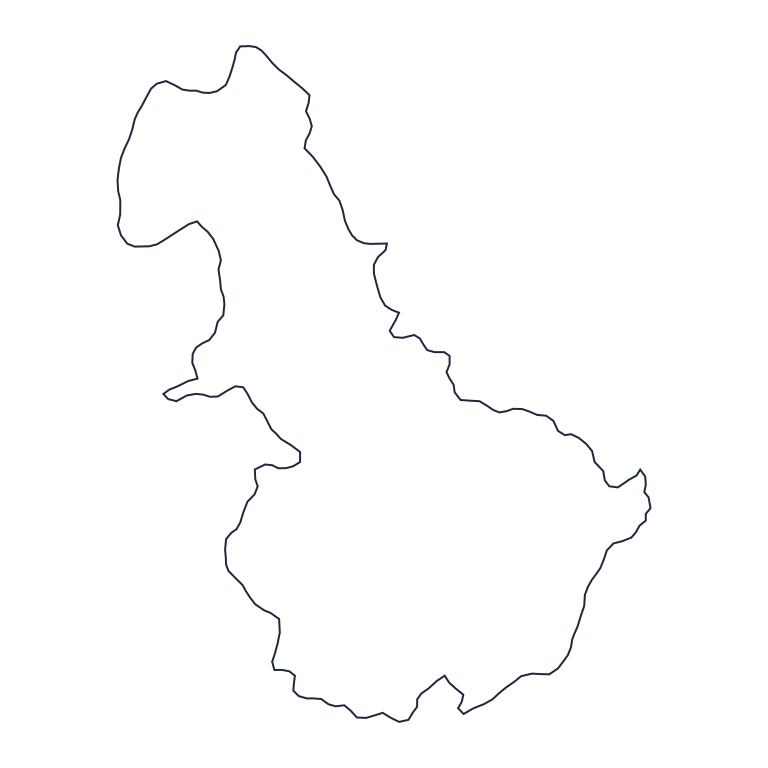 the district of Guimarânia, Minas Gerais, Brazil
{"feature_id": "56859067B18916788742052", "entity_name": "Guimarânia", "entity_type": "district", "adm_level": 2, "iso_a3": "BRA", "parent_name": "Brazil", "parent_adm1": "Minas Gerais", "projection": "orthographic", "projection_center": [-46.761, -18.797], "detail": "fine", "context": "isolated", "style": "outline", "palette": "slate", "viewbox_px": 768, "rotation_deg": 0, "n_neighbors": 0, "source": "geoboundaries", "source_scale": "gbopen_adm2", "svg_char_len": 3412}
<svg xmlns="http://www.w3.org/2000/svg" viewBox="0 0 768 768"><path d="M117.8,225.2L121.0,235.4L127.2,243.6L134.7,246.6L149.2,246.3L157.1,244.3L163.7,240.3L170.5,235.9L179.5,230.1L189.2,224.0L197.1,221.4L202.0,227.0L207.5,231.6L213.2,238.9L218.7,250.9L220.9,260.3L218.5,269.5L220.2,281.1L220.9,289.2L223.6,296.7L224.4,304.3L223.3,315.3L217.7,321.8L215.0,332.7L209.2,340.1L202.3,343.3L196.1,347.6L192.7,353.8L192.3,362.9L195.4,370.6L197.5,378.6L188.2,381.0L182.3,384.0L175.9,387.0L169.3,389.6L163.4,394.0L168.2,399.1L176.5,401.2L186.5,395.6L195.8,393.9L203.1,394.6L210.2,396.8L217.9,396.5L227.5,390.5L235.4,386.3L243.3,387.3L247.5,393.8L251.9,402.3L257.0,408.7L263.3,413.5L267.4,421.4L271.3,429.2L276.4,433.9L280.9,439.0L290.9,445.1L300.1,452.0L300.1,462.0L293.3,466.2L286.3,468.1L278.4,468.3L272.2,465.2L265.1,464.5L254.8,469.5L255.3,479.3L257.7,486.3L254.6,494.3L247.4,501.8L243.2,512.7L240.3,522.4L236.5,529.2L231.3,532.8L226.1,539.1L225.1,549.6L225.8,557.5L226.1,564.7L228.5,571.0L235.3,577.9L242.6,585.1L245.8,591.0L249.6,596.9L255.1,604.1L263.9,610.2L270.5,612.9L279.1,619.0L279.8,632.5L277.7,643.1L275.1,652.9L272.2,661.7L274.4,670.0L281.9,669.9L289.4,671.3L294.9,675.7L294.0,682.4L293.3,690.6L298.8,696.1L306.7,698.4L313.1,698.4L321.2,699.0L328.4,704.2L335.5,706.3L344.3,705.3L350.7,710.7L356.9,717.5L366.2,717.9L374.6,715.4L382.7,712.8L390.2,717.5L399.2,721.9L408.5,719.8L412.6,712.9L417.1,706.8L417.2,699.4L421.2,693.6L428.5,688.5L437.0,680.8L444.7,675.7L449.2,682.7L455.7,688.5L463.3,694.7L461.8,701.7L458.1,708.2L463.6,714.0L473.0,708.5L484.0,704.1L492.4,699.4L499.0,693.3L506.0,687.5L514.5,681.6L521.1,676.2L532.1,673.6L540.3,674.1L549.3,674.3L557.9,668.5L563.1,661.7L567.9,655.1L571.0,647.1L572.1,639.9L574.4,633.7L577.5,626.7L580.6,616.5L584.2,606.0L584.9,595.0L587.9,586.8L592.1,579.5L596.5,573.6L600.3,568.2L603.7,559.8L606.9,550.3L613.5,543.4L621.9,541.3L631.3,537.6L635.7,532.5L639.6,525.6L645.8,520.6L645.8,513.9L650.5,508.1L648.6,497.4L644.3,492.1L645.8,484.6L645.2,476.5L640.2,469.6L636.6,475.5L628.9,479.8L617.9,487.4L609.3,486.3L604.9,480.5L603.2,471.0L594.6,462.0L592.1,451.1L586.3,444.0L578.8,437.9L571.1,434.2L564.8,435.1L558.1,431.0L553.3,420.8L546.1,415.7L537.1,414.9L529.8,411.7L522.3,409.1L513.2,408.8L506.5,411.2L499.2,412.4L493.3,410.0L486.8,405.6L479.5,401.2L470.7,400.7L460.6,400.0L454.7,392.4L453.6,384.7L449.6,378.6L446.5,372.1L449.6,364.4L449.6,355.9L444.1,352.1L434.4,352.1L427.2,350.1L423.4,344.5L419.9,338.5L414.2,335.0L402.8,337.8L394.0,337.1L389.7,330.8L395.8,319.9L399.0,312.7L391.8,309.9L385.2,305.7L380.4,297.4L377.5,287.6L375.5,280.0L373.9,273.4L373.9,264.8L377.9,257.1L385.5,250.2L386.9,243.5L380.0,243.7L370.3,243.9L363.9,243.2L357.0,240.3L352.0,235.3L348.4,229.1L344.9,220.7L342.5,209.4L339.4,200.7L333.9,194.1L330.2,185.7L326.5,176.6L320.1,166.4L312.6,156.6L304.6,148.3L305.9,140.2L309.5,133.7L311.8,126.2L309.7,118.8L306.0,111.3L308.7,102.5L309.5,95.1L302.1,88.2L294.3,81.8L286.0,74.8L279.1,69.7L272.5,63.2L266.0,55.4L261.5,50.5L256.0,47.1L249.4,46.1L240.2,46.4L236.0,52.6L234.7,59.3L232.5,67.2L229.7,76.0L225.9,84.9L217.1,91.2L209.4,93.0L202.6,92.6L196.4,90.7L189.4,90.7L182.2,89.5L174.2,84.9L166.0,81.1L156.8,83.7L151.1,88.6L146.0,97.9L141.5,106.5L137.7,112.6L134.6,119.7L132.2,129.8L128.9,139.5L124.7,148.3L121.0,157.8L119.2,166.9L118.2,173.8L117.5,180.8L118.2,191.3L120.3,200.1L120.2,214.5L117.8,225.2Z" fill="none" stroke="#1e293b" stroke-width="2"/></svg>